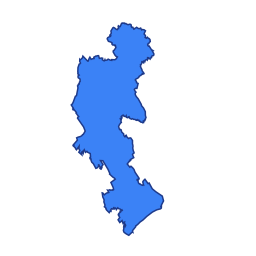 Laytown Bettystown-Lea-7, Meath, Ireland (Robinson projection), rotated 65°
{"feature_id": "5873133B93482869611851", "entity_name": "Laytown Bettystown-Lea-7", "entity_type": "district", "adm_level": 2, "iso_a3": "IRL", "parent_name": "Ireland", "parent_adm1": "Meath", "projection": "robinson", "projection_center": [-6.479, 53.728], "detail": "fine", "context": "isolated", "style": "filled", "palette": "blue", "viewbox_px": 256, "rotation_deg": 65, "n_neighbors": 0, "source": "geoboundaries", "source_scale": "gbopen_adm2", "svg_char_len": 5831}
<svg xmlns="http://www.w3.org/2000/svg" viewBox="0 0 256 256"><g transform="rotate(65 128 128)"><path d="M68.5,72.6L67.7,73.0L67.3,73.6L62.6,74.2L62.5,74.9L61.5,75.1L60.9,75.0L60.0,74.1L60.3,73.6L59.4,72.4L59.1,71.3L57.2,70.7L55.9,71.0L55.4,71.6L53.9,72.1L54.4,73.4L53.2,74.2L52.9,73.7L51.4,73.1L49.9,73.7L49.1,73.3L47.3,71.1L45.8,71.9L44.8,73.4L44.8,74.2L42.8,74.3L42.8,75.5L42.1,76.7L40.4,77.6L40.6,78.3L40.5,79.3L40.9,80.2L40.9,80.9L38.6,81.1L38.5,82.0L37.6,82.2L36.0,81.6L35.4,81.7L34.7,82.4L34.4,84.3L33.0,85.6L32.5,85.7L32.3,86.3L31.6,86.7L31.8,87.1L31.1,87.5L31.1,87.8L30.6,88.4L30.8,88.8L30.4,89.3L30.5,89.7L32.7,92.1L32.8,92.6L31.3,93.5L31.8,94.0L33.9,94.5L33.8,95.5L34.3,96.2L33.7,96.9L31.6,97.9L30.7,98.7L30.8,99.4L32.9,102.5L34.8,103.0L35.7,104.0L36.2,105.3L36.7,105.3L37.1,104.7L37.6,105.2L37.4,106.3L37.6,108.3L38.4,109.2L41.2,109.1L42.8,107.3L44.0,106.5L44.4,106.5L45.0,107.1L46.0,106.9L46.6,106.5L46.6,105.9L47.0,105.3L47.8,105.2L47.8,104.5L50.0,105.0L51.7,107.8L51.8,108.7L52.8,109.3L56.6,109.0L57.7,108.7L59.1,107.6L60.3,109.5L60.6,111.0L59.1,113.9L59.8,114.2L59.1,115.3L57.2,116.9L57.6,118.3L57.0,120.2L56.4,120.1L57.1,120.9L56.9,121.4L55.3,122.4L54.1,121.5L53.5,122.1L52.8,124.5L50.0,124.1L49.6,125.1L49.5,126.1L49.2,126.6L49.4,129.1L50.7,129.4L50.2,131.2L50.2,132.4L47.7,132.6L48.5,133.8L50.5,135.8L50.3,136.3L43.8,138.5L45.2,139.7L46.0,142.2L46.0,142.7L45.6,142.8L47.2,143.6L49.1,143.6L49.5,144.5L49.5,145.3L52.1,147.8L56.2,149.9L56.8,149.9L57.7,150.6L59.4,149.9L59.7,151.3L61.3,151.9L63.4,150.8L65.6,151.7L65.8,152.5L67.4,153.6L67.1,153.8L67.6,154.8L68.4,155.3L68.5,155.9L70.5,156.4L76.9,161.0L77.0,162.3L81.5,166.8L82.7,168.4L83.1,169.7L87.0,169.2L87.4,170.1L88.3,170.0L88.0,169.3L92.1,168.2L92.5,168.8L96.9,167.9L97.1,169.0L97.7,169.6L108.3,167.8L112.7,168.1L114.9,171.3L114.8,172.0L115.4,172.9L115.6,174.6L115.2,177.1L115.2,178.7L117.6,179.0L120.1,184.5L120.8,184.3L121.1,184.8L120.5,185.0L120.8,185.3L123.7,184.1L124.6,184.3L126.0,183.9L123.8,180.0L126.1,181.3L127.9,181.1L129.2,182.8L132.8,181.2L132.0,181.0L132.2,180.8L131.7,180.4L130.3,180.4L130.0,179.0L131.5,179.0L130.1,178.2L129.2,176.8L132.1,176.9L131.8,175.1L132.8,174.9L135.2,173.0L138.2,174.1L138.8,174.5L138.5,174.7L138.7,175.0L139.8,175.4L140.6,174.6L141.3,175.1L143.6,175.3L145.7,174.5L151.0,174.2L151.1,172.7L150.4,171.0L149.0,170.3L149.5,169.8L150.4,170.3L152.1,169.6L152.5,170.5L153.5,170.2L153.4,169.5L153.7,169.4L152.5,168.1L151.8,168.3L150.7,166.1L145.9,166.7L147.0,164.6L157.0,163.6L161.5,163.7L162.0,164.2L166.1,162.5L167.8,161.4L169.0,161.2L170.1,166.5L175.7,166.6L177.8,167.1L177.9,168.2L177.4,168.4L177.2,170.0L176.3,170.5L176.2,172.1L175.7,172.8L178.3,172.7L177.9,175.0L178.5,177.7L176.3,178.3L175.9,178.8L179.8,180.0L183.0,180.0L184.8,181.1L188.0,181.4L188.9,181.9L189.4,182.7L190.8,181.9L191.7,181.9L191.9,182.2L193.2,182.1L196.8,180.8L195.6,179.0L196.3,178.6L196.0,178.3L195.2,178.6L194.2,177.1L195.2,175.9L194.3,174.9L195.5,174.5L194.9,173.6L195.6,173.4L195.6,173.1L196.2,172.9L197.0,173.0L196.0,171.0L197.1,170.6L198.4,169.2L199.9,169.1L199.6,168.1L200.2,168.0L200.4,169.0L200.1,170.4L201.1,170.4L201.4,172.0L202.0,173.0L202.8,172.9L202.8,173.5L205.6,173.3L207.0,175.8L210.2,175.4L209.4,172.5L212.1,172.8L211.8,172.3L211.8,170.9L214.8,173.0L214.3,171.2L215.3,171.3L216.1,172.3L215.4,172.4L215.5,173.3L217.7,174.5L218.7,175.4L220.2,175.7L221.0,175.6L223.3,174.3L225.6,172.6L224.4,169.1L224.2,167.9L224.5,167.7L223.4,167.5L222.9,167.2L220.7,162.7L220.0,162.4L219.6,160.2L218.3,156.7L217.7,153.3L216.0,148.2L214.5,141.3L214.3,136.5L215.0,132.7L214.8,131.9L214.2,131.6L215.0,131.7L213.2,131.4L213.5,131.0L211.9,130.2L209.1,126.6L204.2,125.7L197.6,129.7L193.4,131.7L186.8,132.1L186.9,133.3L181.6,134.3L182.2,136.1L183.1,137.4L185.8,137.9L185.5,138.1L186.2,138.8L185.2,140.0L183.6,140.8L183.6,141.3L182.2,141.7L180.0,141.3L178.9,141.8L178.6,141.4L179.2,141.2L178.8,140.4L179.3,140.4L178.9,139.6L178.3,139.2L171.1,140.3L168.1,140.1L166.0,140.6L163.9,141.5L164.3,142.9L160.3,143.9L158.5,140.6L158.4,140.3L158.7,140.3L158.2,139.0L157.6,139.1L157.3,135.3L154.0,135.2L153.3,134.0L153.4,133.4L152.8,132.9L150.7,132.8L147.9,132.1L147.3,131.5L145.5,130.8L144.4,130.7L141.2,129.2L138.2,129.7L137.8,130.4L137.7,132.0L135.5,132.8L133.8,132.7L133.8,133.2L134.6,133.9L134.7,134.5L134.4,134.7L132.5,134.9L131.6,134.4L129.0,135.4L126.7,135.0L126.1,135.4L126.2,136.0L125.4,136.3L122.7,135.9L121.6,134.7L120.3,132.5L120.2,131.7L118.7,131.5L117.7,130.7L117.0,131.1L116.1,131.0L116.1,130.6L116.8,129.9L116.2,129.1L114.8,129.3L114.4,128.5L114.7,128.0L114.2,127.0L114.5,126.7L115.3,126.8L115.8,126.5L115.7,126.3L116.8,125.1L116.4,124.6L117.7,124.9L118.6,123.9L118.6,123.4L118.1,123.1L118.2,122.6L118.6,123.0L119.2,122.3L120.2,122.2L121.5,121.0L121.4,120.1L122.6,119.2L123.2,118.0L124.2,117.5L124.7,116.9L124.4,116.6L125.0,116.0L124.7,115.6L125.9,115.2L126.4,114.8L126.3,114.7L126.9,114.6L127.0,114.2L128.0,114.0L129.1,112.4L129.5,112.4L129.6,111.8L129.3,111.9L128.8,111.1L128.1,111.1L128.1,110.0L128.5,109.8L128.3,109.4L128.6,109.3L128.0,109.3L127.8,108.9L127.5,109.1L126.2,107.3L123.9,106.9L120.5,105.4L116.5,105.5L113.6,106.3L112.1,106.0L106.0,106.4L103.0,107.2L100.9,107.3L99.4,106.7L98.9,105.6L97.0,106.1L95.6,105.9L95.2,104.4L95.9,103.2L91.9,100.0L90.6,101.1L89.4,100.7L87.5,101.1L87.0,100.1L86.9,97.7L86.3,96.3L85.9,96.1L85.7,94.7L85.8,94.2L85.4,93.4L85.4,92.4L84.8,92.1L85.5,91.3L85.6,90.8L85.3,90.4L82.0,91.0L81.0,90.7L77.6,90.8L77.5,90.5L75.9,89.9L76.1,89.5L75.2,88.2L74.1,87.6L74.3,87.5L74.2,87.0L75.3,86.4L74.0,85.9L74.0,85.2L75.1,84.8L73.8,83.5L74.0,82.0L74.5,81.8L72.5,80.5L72.8,80.0L73.1,80.3L74.0,79.9L73.9,79.7L74.3,79.3L74.1,79.1L74.7,78.8L74.3,78.6L74.1,77.6L74.2,77.2L73.7,77.0L73.8,76.6L73.0,76.1L72.8,75.5L73.1,74.4L72.7,73.7L71.6,73.2L68.7,73.4L68.4,73.3L68.5,72.6Z" fill="#3b82f6" stroke="#1e3a8a" stroke-width="1.5"/></g></svg>